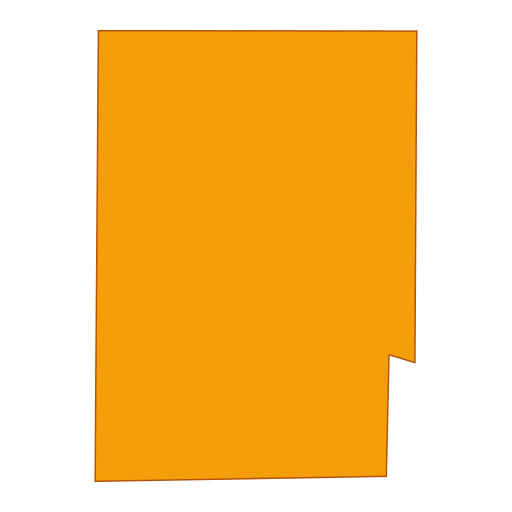 Sterling, Texas, United States of America (orthographic projection)
{"feature_id": "52423323B58993545111067", "entity_name": "Sterling", "entity_type": "district", "adm_level": 2, "iso_a3": "USA", "parent_name": "United States of America", "parent_adm1": "Texas", "projection": "orthographic", "projection_center": [-101.069, 31.822], "detail": "fine", "context": "isolated", "style": "filled", "palette": "amber", "viewbox_px": 512, "rotation_deg": 0, "n_neighbors": 0, "source": "geoboundaries", "source_scale": "gbopen_adm2", "svg_char_len": 233}
<svg xmlns="http://www.w3.org/2000/svg" viewBox="0 0 512 512"><path d="M95.2,481.3L386.3,476.3L389.0,354.8L414.9,362.6L416.8,31.1L156.1,30.7L98.4,30.7L95.7,401.1L95.2,481.3Z" fill="#f59e0b" stroke="#b45309" stroke-width="1.5"/></svg>